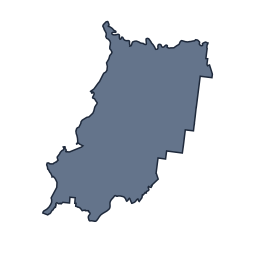 outline of Tea Tree Gully, South Australia, Australia, rotated 191°
{"feature_id": "25037944B97586454911655", "entity_name": "Tea Tree Gully", "entity_type": "district", "adm_level": 2, "iso_a3": "AUS", "parent_name": "Australia", "parent_adm1": "South Australia", "projection": "natural_earth1", "projection_center": [138.716, -34.802], "detail": "fine", "context": "isolated", "style": "filled", "palette": "slate", "viewbox_px": 256, "rotation_deg": 191, "n_neighbors": 0, "source": "geoboundaries", "source_scale": "gbopen_adm2", "svg_char_len": 5772}
<svg xmlns="http://www.w3.org/2000/svg" viewBox="0 0 256 256"><g transform="rotate(191 128 128)"><path d="M200.8,76.3L200.7,76.2L199.7,74.5L199.0,72.4L198.1,71.9L196.3,69.6L195.3,68.9L193.7,66.7L193.2,65.4L192.2,66.1L190.9,65.3L190.0,64.6L188.4,62.6L187.3,61.0L186.6,56.1L190.1,44.7L189.3,43.1L188.8,40.6L189.4,38.0L190.5,35.2L192.3,32.7L194.8,30.5L195.3,29.5L195.4,28.3L190.2,27.4L189.4,28.3L188.3,29.1L187.8,29.9L186.7,32.8L186.2,33.0L185.8,33.8L185.7,34.5L185.3,35.0L184.8,36.4L184.1,36.3L183.9,38.7L184.3,38.7L184.4,40.1L183.6,41.1L181.5,40.4L180.9,40.8L180.7,40.7L180.2,41.2L179.4,40.7L179.2,40.7L177.8,42.6L171.1,43.2L171.8,49.0L166.5,49.5L165.9,43.9L164.7,44.1L164.4,41.2L162.8,41.0L162.1,40.7L161.5,40.8L160.2,40.5L159.2,39.9L157.2,38.1L156.8,38.2L156.2,38.6L154.4,39.2L154.1,39.1L154.0,38.7L151.1,39.3L150.8,38.3L149.9,38.1L149.0,37.1L148.9,36.5L150.0,33.9L150.0,33.1L149.8,32.2L149.3,31.3L148.9,30.4L148.4,29.8L147.8,29.5L146.1,30.0L142.7,30.1L141.8,30.4L141.1,31.2L140.1,33.3L139.4,35.1L138.5,36.9L137.9,37.8L136.4,39.4L133.0,42.4L131.5,44.2L130.8,45.3L130.6,46.6L130.7,47.9L131.4,50.7L131.4,52.0L131.1,53.4L130.6,54.6L128.9,57.4L128.2,58.9L128.1,59.0L127.2,59.3L126.9,59.2L126.7,58.9L125.9,58.9L125.4,59.0L124.4,59.5L122.7,59.8L122.1,59.8L119.7,59.7L119.1,59.6L118.1,59.1L117.0,58.1L115.7,56.2L115.2,55.9L114.7,56.4L114.2,57.3L113.8,58.4L113.3,59.3L113.1,59.3L112.6,58.8L111.9,57.6L110.4,55.4L110.0,54.8L109.8,54.8L107.9,56.0L106.8,57.1L106.4,57.7L106.1,58.6L105.9,59.1L105.5,59.6L104.9,60.2L104.6,60.2L104.1,59.0L103.6,58.4L103.0,58.0L101.0,62.2L101.1,65.2L100.3,65.2L100.0,65.8L99.2,67.1L98.9,67.8L98.4,67.5L98.1,67.5L97.6,67.7L97.7,68.1L97.7,69.2L96.3,70.2L95.8,70.9L95.7,71.4L95.8,71.7L96.9,73.7L96.9,74.0L96.5,74.6L95.4,74.1L94.0,74.1L93.4,75.9L94.0,76.1L88.6,83.6L91.6,88.9L91.8,88.9L92.8,104.3L85.2,104.7L85.7,112.8L69.9,113.8L70.3,121.5L71.4,137.1L63.2,137.7L63.6,142.9L63.6,144.8L63.8,145.7L64.3,152.8L65.0,161.2L64.9,161.2L67.0,192.6L55.2,193.4L55.4,196.7L55.7,197.5L60.0,205.4L61.8,204.3L62.5,205.3L62.7,206.0L63.0,211.2L64.8,211.0L65.5,221.3L66.0,222.1L66.2,224.7L65.7,225.7L65.7,226.7L66.4,226.6L66.9,226.9L67.9,227.1L68.4,227.1L68.7,227.0L69.2,226.5L69.7,226.3L70.9,225.2L71.0,225.1L70.9,224.5L70.6,224.1L70.5,223.7L70.7,223.3L71.2,222.8L71.6,222.8L72.4,222.8L73.1,223.2L73.9,223.8L74.1,224.1L74.0,225.2L74.1,225.9L74.2,226.1L75.9,227.3L76.6,227.6L78.4,227.6L78.7,227.3L79.1,226.5L79.3,226.3L80.8,225.8L82.8,224.9L84.0,224.6L84.4,224.4L86.1,223.8L88.4,223.7L90.9,224.0L92.1,224.0L92.7,223.5L93.2,222.6L93.8,220.0L93.9,219.8L95.8,218.1L97.3,216.6L98.2,215.5L100.6,214.9L101.1,214.9L102.5,214.3L103.8,214.3L105.0,214.7L105.1,214.9L105.1,215.2L105.0,215.9L105.1,216.3L105.6,216.6L106.3,216.7L106.8,216.4L107.4,215.7L108.1,214.6L108.9,214.0L109.8,213.9L110.4,214.4L110.9,214.9L111.3,215.7L111.6,216.0L112.5,216.2L113.5,216.0L113.9,215.8L114.1,215.6L114.3,214.8L114.3,213.9L113.9,212.8L113.9,212.0L114.0,211.3L114.2,211.1L114.7,210.8L115.7,210.5L115.9,210.6L116.2,210.8L116.6,211.6L117.1,212.1L117.3,212.5L118.2,213.5L118.5,213.7L119.1,214.4L120.6,215.5L121.3,216.1L121.7,216.6L121.9,217.0L124.4,219.3L124.8,219.6L126.1,219.7L126.5,219.5L126.7,219.3L127.2,218.9L127.1,217.8L126.9,217.3L126.0,214.2L126.1,213.6L126.6,213.3L127.8,213.3L128.4,213.5L128.7,213.8L129.1,213.9L131.7,213.8L132.5,214.0L133.3,214.4L136.0,214.9L136.4,214.9L137.6,214.6L138.7,214.1L139.1,213.8L139.7,213.5L140.0,213.0L140.2,212.3L140.4,210.3L140.6,209.6L140.8,209.2L141.7,208.8L141.6,209.4L141.9,209.5L142.4,210.5L142.8,211.8L143.0,213.2L143.3,213.7L144.2,213.9L146.2,213.4L147.8,213.5L149.0,214.1L149.8,215.2L150.6,216.0L151.0,216.1L151.4,216.0L151.7,215.8L151.8,214.7L152.1,213.9L152.4,213.7L152.7,213.6L153.3,214.1L153.6,214.6L154.0,216.3L154.0,217.0L154.2,217.4L154.5,217.9L155.1,218.1L155.6,218.1L156.5,217.8L157.6,217.2L158.7,216.9L159.9,216.7L160.8,216.8L161.6,217.2L161.9,217.5L162.0,217.7L161.9,218.3L161.7,218.6L161.3,218.9L160.2,219.3L158.9,219.4L158.4,219.5L158.2,219.9L158.2,220.1L158.3,220.3L158.6,220.7L160.3,221.2L160.9,221.5L162.2,222.6L163.4,223.2L165.3,223.9L166.7,224.0L166.8,224.3L166.4,225.1L166.3,225.6L166.7,226.4L167.9,228.4L168.2,228.6L168.6,228.6L169.8,228.0L171.9,224.8L172.2,223.2L170.8,221.4L170.1,220.0L169.4,219.3L167.5,216.9L167.1,214.9L167.3,213.8L166.9,213.0L166.1,212.0L164.3,211.4L162.5,210.1L161.5,208.4L161.3,206.0L161.4,204.9L161.1,202.8L160.8,202.1L159.8,201.4L159.4,201.0L158.2,199.4L158.4,198.0L159.7,195.7L160.0,192.1L161.5,187.8L160.0,184.5L159.7,180.6L160.6,178.5L162.0,177.4L162.6,176.1L164.8,168.2L165.9,166.2L168.9,159.8L171.7,156.9L170.9,156.4L170.5,155.7L170.3,155.4L170.1,155.3L169.5,155.7L169.4,156.0L169.3,156.6L168.7,156.3L168.1,155.8L167.9,155.4L167.7,154.7L168.6,151.5L168.5,150.9L168.2,150.7L167.9,150.5L166.6,150.4L166.0,149.9L164.9,148.6L163.1,147.0L163.1,146.0L163.3,145.2L164.0,144.0L164.1,143.4L164.6,142.2L164.8,138.2L165.3,135.9L168.3,131.6L168.7,131.3L170.5,130.6L174.4,127.0L175.3,125.1L175.2,123.5L176.3,119.6L176.7,119.2L177.8,118.5L178.5,116.9L178.3,116.2L178.3,115.8L178.6,115.3L178.5,114.8L178.3,114.3L177.7,112.5L176.8,111.1L175.7,108.5L174.8,105.4L174.8,104.6L174.8,104.1L175.2,103.1L175.5,102.7L175.4,102.5L173.5,103.7L172.3,102.9L168.9,101.9L169.3,101.5L169.9,100.5L180.6,93.5L181.0,93.3L182.3,93.1L183.0,93.1L183.8,92.9L184.5,93.0L184.4,93.9L184.5,94.6L185.0,95.2L186.0,95.9L186.1,96.2L186.0,97.1L186.1,97.4L186.2,97.5L186.6,97.5L187.4,97.3L188.0,97.0L186.9,95.6L187.0,95.0L187.5,94.0L188.6,93.1L189.9,91.0L190.1,89.8L192.0,85.9L191.5,84.7L190.5,83.0L191.0,82.3L191.5,81.8L191.6,81.2L191.8,80.9L192.5,80.8L193.2,80.0L194.2,79.3L194.5,78.7L194.8,78.5L197.0,78.0L197.8,78.0L198.0,77.9L198.4,78.0L199.1,78.6L200.0,78.4L200.7,78.1L200.8,76.3Z" fill="#64748b" stroke="#1e293b" stroke-width="1.5"/></g></svg>